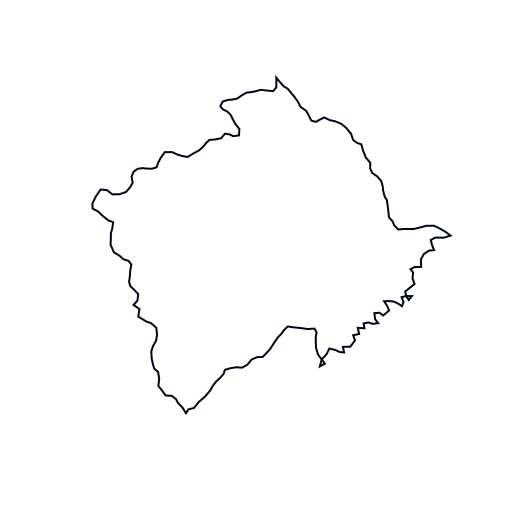 Serra da Saudade, Minas Gerais, Brazil, rotated 203°
{"feature_id": "56859067B39993306485596", "entity_name": "Serra da Saudade", "entity_type": "district", "adm_level": 2, "iso_a3": "BRA", "parent_name": "Brazil", "parent_adm1": "Minas Gerais", "projection": "albers", "projection_center": [-45.786, -19.377], "detail": "fine", "context": "isolated", "style": "outline", "palette": "ink", "viewbox_px": 512, "rotation_deg": 203, "n_neighbors": 0, "source": "geoboundaries", "source_scale": "gbopen_adm2", "svg_char_len": 2953}
<svg xmlns="http://www.w3.org/2000/svg" viewBox="0 0 512 512"><g transform="rotate(203 256 256)"><path d="M349.6,163.1L342.6,161.7L340.7,154.2L330.9,152.8L326.4,153.2L319.7,150.9L316.2,144.7L314.9,138.9L315.6,132.7L315.1,127.2L311.8,120.6L308.2,115.6L305.6,112.5L300.9,111.1L297.2,105.3L295.1,98.2L290.0,95.5L284.7,92.3L278.8,94.4L273.8,93.0L270.3,90.2L264.6,87.8L259.0,83.9L258.3,88.4L253.7,91.9L251.7,99.1L247.9,106.9L245.6,114.4L244.9,120.4L243.6,124.9L241.2,130.4L239.8,134.7L240.1,139.1L235.9,142.6L230.6,145.9L225.0,147.9L221.4,152.7L219.7,158.8L215.5,163.3L210.4,165.7L208.1,171.6L206.6,176.1L205.5,182.8L204.0,189.9L202.2,194.4L201.3,198.8L199.1,203.6L194.0,204.9L186.9,207.1L179.8,209.0L173.8,212.0L170.4,209.4L169.4,204.9L167.6,200.7L164.7,194.7L160.5,189.6L155.1,186.4L152.7,193.0L152.3,199.5L146.2,200.5L141.6,200.3L137.2,201.6L140.5,206.3L133.7,209.4L131.9,217.0L135.6,221.0L130.6,224.5L134.3,229.7L127.9,231.8L130.6,236.0L126.5,238.8L122.1,239.1L117.3,241.9L121.7,244.4L124.7,249.7L120.1,252.0L115.7,250.9L112.2,257.8L115.9,261.4L120.4,264.4L116.4,266.3L111.9,267.8L107.0,267.8L102.0,266.8L102.2,271.3L105.9,275.0L102.0,277.9L104.8,281.5L101.8,287.2L99.1,292.2L103.1,296.4L104.9,302.1L108.6,304.2L105.6,307.9L99.7,310.5L102.9,317.4L102.2,323.5L98.8,328.6L94.3,331.0L98.2,334.8L101.4,339.0L98.2,343.0L90.3,346.2L84.9,350.8L90.5,352.2L97.4,353.1L104.0,353.4L111.1,350.3L116.7,345.9L121.3,342.5L125.3,340.8L129.7,339.0L135.5,336.0L140.8,338.3L144.1,341.5L148.5,343.3L151.2,348.1L154.8,354.3L157.3,358.5L160.8,361.0L164.5,365.8L166.8,370.0L170.1,374.0L175.4,376.6L181.4,377.8L185.2,381.3L187.2,386.4L193.3,389.5L198.5,394.7L202.7,399.9L207.4,399.6L212.0,400.8L216.2,405.6L223.1,409.2L229.3,411.0L235.9,410.9L241.0,409.9L247.3,410.2L250.6,406.4L253.2,402.9L257.9,402.2L261.9,405.6L266.5,409.2L273.4,410.7L277.4,414.2L283.1,417.7L288.6,420.5L292.3,422.4L296.6,423.0L300.6,424.8L307.0,428.1L304.8,423.1L303.2,419.1L304.5,414.6L310.4,412.6L316.4,410.9L322.8,406.0L328.6,402.6L331.8,398.4L334.8,393.6L339.0,390.7L342.7,388.8L347.0,385.2L347.4,379.9L343.7,378.0L339.2,377.8L334.8,376.2L329.7,371.9L326.0,369.1L320.9,366.4L318.8,360.4L323.7,357.4L328.0,357.6L332.4,356.4L334.1,350.8L339.0,347.4L344.3,344.6L346.1,340.4L347.5,335.4L349.8,330.8L353.6,326.1L357.7,320.4L362.5,319.3L367.6,318.7L374.0,318.8L380.5,316.0L382.1,309.1L382.5,303.3L382.2,298.8L385.8,295.7L390.7,293.8L394.9,292.5L399.1,289.9L401.6,285.7L401.5,280.3L398.1,275.3L398.9,269.6L400.7,264.1L405.8,259.5L412.3,256.6L418.9,258.4L425.0,256.5L426.7,248.3L427.1,240.5L424.9,235.8L418.9,235.3L412.5,232.9L405.9,231.1L400.7,231.3L399.0,225.0L398.5,220.3L396.6,215.8L394.3,209.6L388.3,203.9L381.6,202.9L376.9,201.2L371.5,201.7L367.4,199.4L366.0,193.2L363.9,187.1L362.8,182.7L359.9,179.1L355.5,177.5L349.5,174.9L347.7,168.5L349.6,163.1ZM154.1,179.3L150.5,183.8L155.1,186.4L154.1,179.3ZM102.0,277.9L98.2,275.2L96.8,280.0L102.0,277.9Z" fill="none" stroke="#020617" stroke-width="2"/></g></svg>